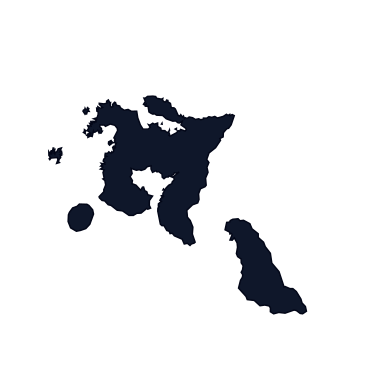 Bima, Nusa Tenggara Barat, Indonesia (Robinson projection), rotated 200°
{"feature_id": "22746128B14082340634491", "entity_name": "Bima", "entity_type": "district", "adm_level": 2, "iso_a3": "IDN", "parent_name": "Indonesia", "parent_adm1": "Nusa Tenggara Barat", "projection": "robinson", "projection_center": [118.835, -8.483], "detail": "fine", "context": "isolated", "style": "filled", "palette": "ink", "viewbox_px": 384, "rotation_deg": 200, "n_neighbors": 0, "source": "geoboundaries", "source_scale": "gbopen_adm2", "svg_char_len": 6157}
<svg xmlns="http://www.w3.org/2000/svg" viewBox="0 0 384 384"><g transform="rotate(200 192 192)"><path d="M222.9,194.9L221.6,197.1L219.3,198.1L219.2,199.3L215.7,199.2L216.7,200.9L215.4,202.1L215.1,204.2L212.8,204.4L210.9,206.5L214.8,199.8L212.8,197.9L214.1,194.4L213.6,193.1L216.2,190.4L217.7,187.0L218.8,180.7L218.1,178.9L218.9,178.4L217.6,178.3L218.7,177.2L217.1,176.6L218.3,176.6L219.1,174.9L218.7,173.6L219.9,173.4L217.5,172.8L219.5,169.4L218.8,167.3L218.0,167.3L218.5,165.2L217.6,162.3L210.7,150.9L208.7,150.1L206.9,150.9L202.5,147.2L199.9,147.3L198.4,145.4L196.4,146.5L193.6,144.8L185.1,144.3L181.5,140.5L178.8,142.2L175.6,141.1L174.8,143.0L172.6,144.6L171.9,145.9L177.3,152.6L179.2,159.3L183.9,164.6L187.7,166.8L190.6,173.0L187.1,180.2L182.9,183.7L182.9,187.4L185.2,192.5L185.2,197.9L181.6,201.4L181.0,203.2L184.0,209.7L183.7,216.0L186.4,220.3L186.2,225.5L189.3,227.6L189.4,234.5L185.0,241.7L182.9,250.3L184.2,251.7L181.6,254.4L182.8,258.5L181.0,263.3L179.4,264.4L178.2,268.5L178.4,278.2L180.7,278.5L182.3,276.8L183.0,277.9L184.4,276.3L186.2,276.8L188.5,273.7L193.5,270.2L196.4,270.8L198.9,268.9L201.9,268.5L203.5,266.3L206.5,265.4L206.2,264.4L208.5,262.9L210.7,263.1L213.7,261.3L216.8,262.0L220.3,261.5L221.7,259.5L223.7,259.5L224.2,258.4L226.0,260.5L226.5,259.1L229.0,260.8L229.4,259.1L231.3,259.3L236.1,264.3L237.7,264.9L240.3,264.1L242.6,267.9L245.3,268.4L246.0,269.8L247.3,269.7L247.5,267.6L249.1,267.2L251.1,268.2L251.4,269.9L252.5,268.8L257.3,268.0L258.8,269.3L261.5,268.7L266.5,266.6L268.0,264.2L269.3,263.8L266.8,261.1L267.6,257.8L266.4,257.5L265.3,258.9L265.1,256.7L262.6,257.5L259.8,252.5L257.2,251.9L255.2,251.8L254.8,252.8L251.5,252.1L245.8,253.9L241.2,252.0L234.3,252.0L231.6,253.2L229.1,252.3L227.6,252.5L225.3,255.2L225.3,251.3L219.6,249.7L218.7,248.8L219.3,246.9L224.1,246.9L224.4,245.1L226.2,244.8L226.6,242.6L231.7,237.0L233.1,237.4L232.7,238.4L234.5,240.6L235.9,239.3L238.5,240.4L242.0,239.2L243.2,241.3L246.6,241.8L247.9,245.0L250.5,242.9L252.4,243.2L254.5,240.4L255.8,240.4L253.4,238.6L254.5,236.2L259.5,234.3L263.5,237.4L268.4,243.2L271.6,249.0L276.6,247.1L280.3,247.7L283.7,245.6L288.1,246.7L289.4,248.1L292.8,247.7L294.4,249.8L295.0,249.0L295.6,249.6L296.6,247.0L295.5,245.2L296.8,244.1L298.7,245.6L299.1,248.2L299.8,247.8L302.1,249.9L303.3,248.1L302.3,246.6L304.8,244.7L309.5,243.6L309.1,242.6L304.9,240.8L306.9,239.3L309.6,239.9L308.6,237.8L310.2,238.1L309.0,235.4L307.5,235.2L306.7,232.6L306.6,229.3L309.4,227.2L306.5,227.2L306.9,225.8L305.4,225.0L307.5,225.1L307.3,223.0L308.1,224.7L309.3,224.6L309.2,222.4L311.5,224.3L310.4,222.2L311.5,221.6L310.1,221.0L310.7,220.7L309.5,219.4L312.4,218.6L313.3,219.2L310.9,216.9L311.5,213.9L307.2,212.7L308.9,211.5L307.5,211.4L307.9,210.4L309.5,210.5L310.2,209.2L308.9,209.1L308.5,207.8L306.5,209.9L304.8,210.0L305.4,215.5L304.6,214.6L303.5,215.2L301.7,217.8L299.8,215.9L299.8,217.1L298.8,215.9L297.6,216.2L297.1,218.5L297.8,218.3L298.9,220.8L301.1,221.8L301.4,223.5L297.3,224.9L295.8,224.1L292.1,227.9L287.3,228.3L284.0,226.3L282.9,224.2L283.9,216.1L282.5,215.8L282.5,214.2L281.5,213.7L282.0,212.4L280.3,211.9L280.9,211.3L279.8,211.8L280.3,209.2L279.5,208.3L280.3,207.4L281.4,208.0L281.8,206.7L280.7,205.5L279.8,206.1L280.4,204.8L279.4,203.7L280.1,201.9L281.1,202.4L281.4,200.5L283.9,201.3L284.6,199.4L286.7,198.7L286.4,196.8L284.4,196.3L285.9,195.5L285.3,193.9L286.2,192.7L286.0,190.7L284.0,190.0L284.4,189.2L283.6,188.5L287.1,187.9L285.8,187.1L286.6,185.2L284.3,186.0L285.4,185.0L284.3,184.4L285.8,182.3L282.1,182.8L282.3,179.9L279.2,174.8L280.2,173.8L277.8,173.0L275.5,169.1L275.7,164.0L274.9,162.2L277.7,155.8L277.1,154.9L273.7,153.3L271.0,153.8L266.4,151.4L263.4,151.7L256.1,149.3L250.8,150.5L243.2,148.5L239.2,149.9L236.6,153.1L232.6,154.8L229.0,161.0L227.7,160.7L225.4,162.7L227.6,164.9L229.1,169.4L227.7,174.7L232.6,174.3L234.6,176.8L236.8,177.0L239.2,180.1L240.2,179.6L240.8,176.1L247.0,179.3L251.3,179.3L251.9,182.4L255.4,185.2L254.6,188.9L257.3,193.4L251.7,193.4L249.3,194.9L247.1,194.9L244.1,197.3L242.7,200.5L239.5,202.6L238.3,199.5L235.8,197.0L233.1,199.7L231.8,198.9L230.4,199.8L226.3,198.6L225.0,195.7L222.9,194.9ZM148.0,167.8L143.0,167.2L141.9,165.5L141.0,166.5L139.7,165.7L139.9,159.9L137.7,160.5L136.6,163.4L132.2,159.6L130.3,155.6L129.2,149.3L127.0,146.9L122.9,145.8L121.5,142.3L118.7,140.2L117.9,136.0L118.3,133.4L116.0,131.6L115.5,129.1L116.2,125.6L115.4,117.6L105.4,112.3L103.3,109.8L96.4,111.4L89.2,108.4L84.9,110.7L80.6,111.3L78.7,110.0L77.4,106.3L73.6,105.5L69.3,108.5L63.1,110.0L55.7,116.0L53.3,116.3L48.8,114.9L46.4,115.4L43.7,119.1L46.3,123.2L50.7,125.4L53.0,128.6L59.9,134.1L64.2,135.7L66.9,134.7L72.2,135.0L72.9,134.1L83.0,146.9L92.7,152.5L97.4,161.2L104.5,165.7L107.6,169.3L114.2,171.9L115.5,175.4L123.0,177.9L126.8,182.0L133.9,183.0L137.0,181.4L139.5,182.6L144.4,180.3L146.3,178.2L146.3,176.6L149.0,175.3L148.0,167.8ZM293.8,116.8L287.2,115.6L283.6,117.8L279.3,121.3L277.0,126.7L277.0,137.6L279.3,141.3L284.3,144.1L286.5,144.5L293.7,142.1L295.1,139.2L298.7,136.2L300.2,131.0L300.3,128.3L298.3,121.9L293.8,116.8ZM329.0,176.4L329.0,172.6L326.7,174.3L327.7,174.7L328.1,177.2L327.2,179.4L328.1,180.8L327.1,182.2L328.8,182.1L327.5,183.9L328.6,185.7L330.0,184.6L329.8,188.7L332.4,186.8L332.8,183.5L333.9,182.8L333.8,180.5L335.0,181.2L335.4,184.8L336.3,183.7L336.7,185.9L337.5,185.9L337.0,181.2L338.7,183.1L337.3,180.1L338.5,180.8L338.4,179.3L340.3,180.8L338.9,177.3L337.0,176.2L337.6,174.4L336.7,173.8L336.1,175.7L330.4,178.3L329.0,176.4ZM322.1,230.7L319.1,228.5L318.4,230.1L317.7,228.7L317.9,232.1L316.3,232.6L317.6,233.6L317.5,235.0L318.9,235.1L319.1,236.4L318.9,234.0L320.2,233.1L321.1,234.0L320.9,232.3L322.0,231.9L322.1,230.7ZM285.5,207.8L284.2,209.8L285.8,210.3L285.0,210.9L285.9,211.8L285.2,213.2L287.5,210.6L287.0,208.7L285.5,207.8ZM314.4,210.9L312.1,210.3L313.0,211.6L312.5,213.3L314.4,213.8L313.8,211.9L314.4,210.9ZM229.3,245.4L228.0,245.2L228.4,246.4L229.3,245.4ZM220.0,184.0L219.0,184.4L218.9,184.8L219.8,185.2L220.0,184.0ZM284.5,211.9L284.0,210.9L283.0,211.3L284.5,211.9ZM243.9,245.4L243.3,245.5L243.7,246.3L243.9,245.4ZM234.4,242.5L234.5,241.3L234.4,241.3L234.1,241.9L234.4,242.5Z" fill="#0f172a" stroke="#020617" stroke-width="1.5"/></g></svg>